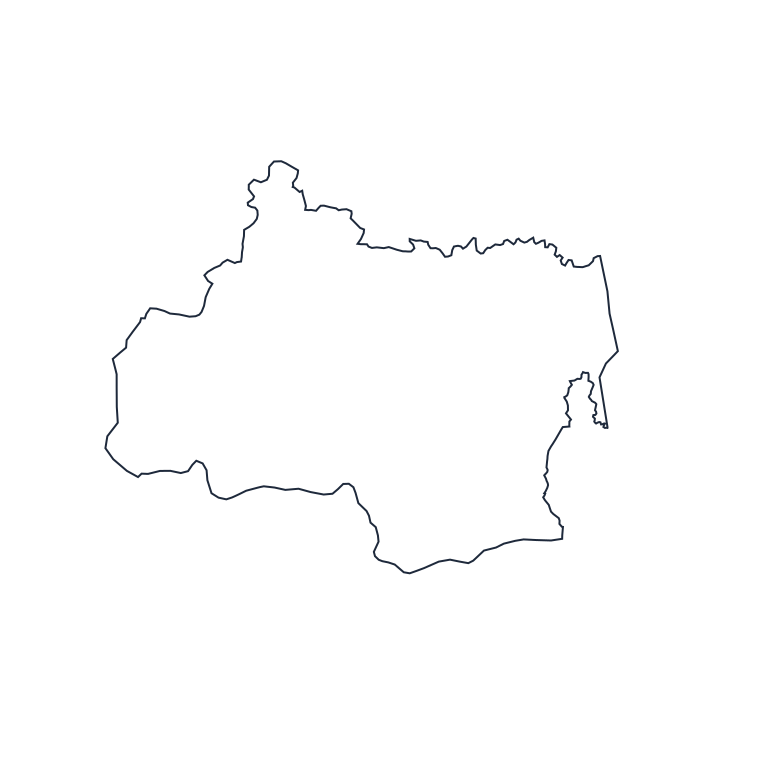 the district of Neekreen, Grand Bassa, Liberia, rotated 224°
{"feature_id": "62588387B67611028502926", "entity_name": "Neekreen", "entity_type": "district", "adm_level": 2, "iso_a3": "LBR", "parent_name": "Liberia", "parent_adm1": "Grand Bassa", "projection": "mercator", "projection_center": [-9.936, 5.929], "detail": "fine", "context": "isolated", "style": "outline", "palette": "slate", "viewbox_px": 768, "rotation_deg": 224, "n_neighbors": 0, "source": "geoboundaries", "source_scale": "gbopen_adm2", "svg_char_len": 5218}
<svg xmlns="http://www.w3.org/2000/svg" viewBox="0 0 768 768"><g transform="rotate(224 384 384)"><path d="M192.8,507.6L193.1,508.1L233.6,538.5L235.4,543.7L238.6,552.9L238.6,569.1L238.6,570.1L257.2,582.5L270.6,591.3L287.7,605.9L317.5,626.2L319.2,624.3L319.6,623.1L320.6,620.2L319.3,618.1L319.0,617.5L319.1,614.3L319.2,611.6L320.6,609.1L321.5,607.4L322.3,606.0L326.2,602.6L326.5,602.3L329.1,600.3L334.9,603.3L337.4,601.4L336.7,597.7L336.0,595.0L339.4,593.9L342.7,595.6L343.3,599.0L347.2,598.8L347.9,595.6L351.1,595.6L352.5,598.8L354.7,601.7L359.7,601.3L362.2,599.5L361.2,596.0L363.1,594.4L365.3,596.5L368.3,598.8L370.1,596.4L370.7,594.2L371.1,592.8L372.1,590.4L374.4,590.4L378.3,592.9L379.5,588.6L379.9,585.6L381.3,583.2L385.4,581.8L388.1,582.1L388.9,579.9L387.8,577.2L387.8,575.4L387.9,574.5L392.7,573.9L395.4,573.5L396.9,570.4L395.6,567.4L397.0,564.6L400.9,561.7L401.4,559.2L402.1,555.6L404.1,554.0L404.2,550.7L403.7,548.1L403.5,547.0L405.1,545.0L410.0,544.4L414.7,548.0L419.1,552.3L421.1,551.2L421.1,549.0L420.2,540.1L420.6,538.6L421.2,536.2L424.2,536.4L426.8,534.8L428.2,532.9L429.2,531.4L428.9,530.7L427.9,527.7L425.0,523.4L426.5,520.2L428.5,517.9L432.6,518.7L437.2,519.3L439.4,518.5L441.2,517.8L443.2,515.5L444.9,514.0L448.9,514.9L451.3,516.5L454.3,514.1L457.3,512.8L460.5,509.2L466.3,506.2L464.6,504.5L459.9,504.5L456.4,502.7L456.5,498.2L458.7,496.0L460.4,494.6L462.7,492.5L468.2,489.4L472.4,487.4L475.7,485.8L478.5,481.6L484.1,477.3L487.2,473.5L490.6,472.1L493.3,472.7L498.0,468.3L499.6,467.1L500.4,466.5L501.3,472.3L503.5,478.5L505.7,481.3L509.5,479.7L519.9,480.0L523.1,480.0L525.5,484.0L527.5,485.6L532.4,483.7L535.5,480.2L537.3,477.5L540.5,477.1L542.1,476.0L545.3,473.9L551.1,470.6L553.4,468.2L553.4,465.2L553.2,461.4L557.5,458.5L558.9,456.8L560.1,455.8L561.7,454.5L563.8,457.8L569.2,461.1L574.2,464.0L577.1,466.2L578.1,463.5L585.0,463.1L586.5,462.3L587.2,463.7L589.4,465.5L590.0,471.4L592.3,475.6L594.2,478.0L601.7,476.1L607.9,474.6L612.6,472.9L617.7,467.6L617.5,460.5L611.5,454.0L610.1,449.6L612.7,443.6L618.9,440.9L619.5,440.6L619.7,433.4L618.4,432.1L616.4,429.9L607.8,428.7L606.7,426.0L608.0,419.8L606.0,418.1L602.3,419.2L599.2,421.3L595.6,420.8L592.3,417.9L590.2,414.4L589.5,409.0L590.1,403.5L591.7,397.7L587.4,393.0L583.1,386.5L580.7,384.5L580.2,383.9L577.7,380.2L574.2,376.1L574.0,375.7L571.9,372.8L574.5,369.5L575.3,367.4L582.9,364.6L584.4,359.2L584.2,355.4L584.6,354.5L586.7,349.6L588.7,342.1L588.7,337.4L582.1,335.9L577.1,336.9L575.8,331.1L572.6,322.6L568.0,315.6L567.6,314.9L565.3,309.1L565.0,305.6L566.6,301.9L570.7,297.3L579.7,291.7L586.9,286.0L592.6,284.0L598.7,280.8L599.9,280.2L604.8,276.0L604.5,274.4L603.7,269.4L601.6,265.1L604.4,262.6L602.5,259.1L601.0,246.7L599.6,236.8L594.8,231.0L595.0,228.9L595.6,223.5L596.5,213.6L586.9,207.7L583.1,205.3L576.7,198.7L574.3,196.2L569.5,191.3L560.3,181.9L548.6,171.2L546.7,154.2L539.8,144.3L526.5,141.8L511.8,142.7L508.6,142.9L496.3,146.2L496.1,151.1L491.3,155.4L484.8,165.8L477.4,173.1L468.3,178.8L464.4,185.2L465.7,192.7L465.7,198.4L465.2,198.6L459.3,200.9L451.7,198.7L444.2,192.1L432.2,185.6L424.1,187.3L417.3,191.5L414.5,196.8L413.1,200.3L411.7,204.0L409.0,211.5L402.6,222.1L401.4,224.0L399.4,226.9L390.8,233.5L381.4,239.3L376.1,245.4L372.7,249.3L361.7,255.3L350.6,262.6L344.8,269.3L344.1,276.4L343.9,283.8L342.4,285.3L340.0,287.8L334.3,288.5L328.8,285.9L319.7,280.5L308.3,280.5L303.3,278.8L297.4,274.9L290.5,275.3L283.1,270.8L282.3,270.1L278.4,266.8L274.7,256.2L270.9,253.9L265.7,253.9L262.1,255.4L256.9,258.7L252.1,261.0L250.9,261.6L239.0,262.3L234.0,265.7L230.7,272.3L227.3,279.4L221.2,294.3L214.5,303.5L206.2,308.8L198.9,313.7L197.1,318.9L196.7,327.2L196.4,333.6L189.8,344.2L186.9,352.4L180.7,362.3L175.6,369.2L166.1,377.5L155.1,387.5L148.3,396.4L150.6,398.9L156.0,405.5L156.8,404.9L160.6,405.2L162.8,407.7L165.1,408.9L171.9,408.1L175.2,408.2L178.7,410.0L181.5,411.5L186.6,412.1L187.9,412.3L190.8,413.1L191.1,415.3L191.9,417.1L192.8,416.7L193.2,419.0L194.4,422.7L195.7,425.2L196.9,426.1L198.1,426.7L199.8,427.3L201.7,428.4L205.3,429.6L205.4,430.6L205.3,431.8L205.5,434.2L206.5,435.8L208.1,436.5L209.1,436.8L210.0,437.9L210.3,438.3L211.8,440.2L213.0,441.7L214.4,443.6L216.3,445.8L219.2,450.1L220.5,455.2L221.0,458.1L221.4,459.9L221.8,461.9L222.1,463.3L222.6,465.3L223.9,470.5L224.7,473.7L225.5,477.2L221.1,482.2L221.7,482.7L224.6,485.8L224.8,488.3L225.4,488.4L232.7,489.3L233.4,492.9L236.8,496.3L240.3,498.3L243.3,499.0L244.6,499.3L245.2,499.8L244.7,501.0L244.3,503.1L245.7,506.1L247.4,508.4L248.2,509.3L248.1,511.8L248.3,513.9L251.0,514.7L252.3,515.2L251.6,516.1L249.4,518.8L248.5,522.1L246.9,523.4L246.2,524.4L246.6,525.9L248.4,527.9L248.7,529.7L249.1,530.8L246.9,531.8L245.0,533.7L243.7,533.2L241.8,531.3L240.0,529.2L239.2,528.3L236.9,529.3L234.4,529.7L232.6,529.0L231.5,526.3L230.1,522.6L228.4,520.5L228.2,518.4L227.7,517.0L225.6,516.5L224.1,516.5L222.7,516.1L219.1,517.2L217.3,517.0L217.0,516.6L215.4,514.0L214.0,511.7L212.2,511.4L210.7,510.3L210.5,508.6L211.8,507.1L210.9,505.6L208.3,505.6L207.2,504.2L206.7,503.1L205.7,502.8L204.0,502.9L203.6,504.4L202.8,506.1L201.7,506.8L199.8,505.7L199.1,506.5L198.2,508.6L197.5,509.0L197.0,506.8L196.3,505.5L194.5,505.9L193.8,506.9L192.8,507.6Z" fill="none" stroke="#1e293b" stroke-width="2"/></g></svg>